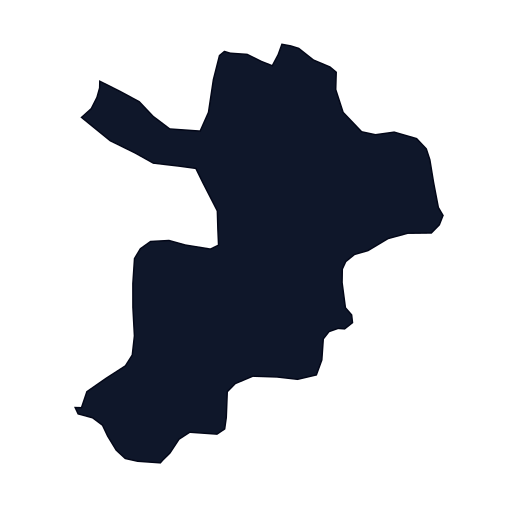 Sarajevo, Equal Earth projection, rotated 184°
{"feature_id": "BIH-2890", "entity_name": "Sarajevo", "entity_type": "Canton", "adm_level": 1, "iso_a3": "BIH", "parent_name": "Bosnia and Herzegovina", "parent_adm1": "", "projection": "equal_earth", "projection_center": [18.322, 43.843], "detail": "fine", "context": "isolated", "style": "filled", "palette": "ink", "viewbox_px": 512, "rotation_deg": 184, "n_neighbors": 0, "source": "natural_earth", "source_scale": "10m", "svg_char_len": 1568}
<svg xmlns="http://www.w3.org/2000/svg" viewBox="0 0 512 512"><g transform="rotate(184 256 256)"><path d="M425.8,92.2L419.5,92.5L415.2,108.9L396.9,123.6L378.6,137.3L372.5,148.6L371.7,167.8L375.2,196.2L376.9,220.0L377.0,245.0L371.8,255.2L362.2,263.1L343.9,265.4L327.3,262.0L302.0,259.7L294.1,264.2L295.9,280.2L297.7,298.3L314.2,325.6L322.1,339.2L338.7,340.3L364.9,341.5L384.1,350.5L409.4,360.8L439.7,382.1L438.0,383.8L430.6,391.5L425.7,403.1L423.7,412.7L424.0,419.4L403.3,410.8L383.2,401.7L368.4,388.1L350.9,376.7L338.7,376.7L320.4,376.7L313.4,396.0L310.8,429.0L306.4,453.4L301.8,457.8L301.6,457.8L295.9,456.5L278.9,456.5L264.8,450.7L264.7,450.6L253.0,446.9L247.9,458.4L244.9,469.0L243.2,468.8L236.0,468.0L230.1,466.6L227.9,466.1L225.7,464.6L212.4,455.5L195.4,449.7L188.8,444.9L188.6,439.6L188.1,427.6L179.2,405.5L179.2,405.4L163.7,391.3L159.3,387.3L158.0,387.1L145.3,385.3L131.0,388.3L126.8,389.2L123.6,388.5L104.0,384.3L93.6,374.7L89.3,364.1L84.5,343.8L84.1,342.1L83.5,339.8L77.5,317.1L72.5,309.8L72.5,309.6L72.3,309.5L75.3,299.9L82.7,291.2L106.3,289.3L125.5,282.6L144.7,269.2L157.9,264.4L166.1,256.7L169.0,249.0L168.3,235.6L163.2,210.6L157.8,205.2L156.5,203.9L155.1,196.3L162.5,189.5L169.1,189.5L177.9,185.7L183.1,178.0L183.1,156.9L187.5,141.6L205.9,135.9L226.6,136.8L250.8,135.9L267.8,127.3L275.2,118.6L274.4,92.8L275.2,81.3L282.5,75.6L298.0,75.6L309.8,75.6L320.0,67.9L328.1,53.5L334.8,45.9L337.0,43.0L349.5,43.0L359.8,43.0L372.3,44.9L381.9,52.6L391.4,66.0L397.3,76.5L407.7,83.2L422.4,86.1L425.8,92.2Z" fill="#0f172a" stroke="#020617" stroke-width="1.5"/></g></svg>